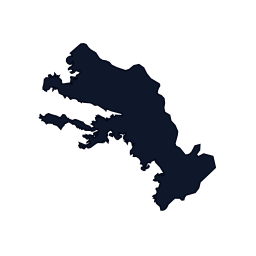 SVG path tracing the border of Mugla, rotated 23°
{"feature_id": "TUR-2278", "entity_name": "Mugla", "entity_type": "Province", "adm_level": 1, "iso_a3": "TUR", "parent_name": "Turkey", "parent_adm1": "", "projection": "mercator", "projection_center": [28.126, 36.936], "detail": "fine", "context": "isolated", "style": "filled", "palette": "ink", "viewbox_px": 256, "rotation_deg": 23, "n_neighbors": 0, "source": "natural_earth", "source_scale": "10m", "svg_char_len": 5839}
<svg xmlns="http://www.w3.org/2000/svg" viewBox="0 0 256 256"><g transform="rotate(23 128 128)"><path d="M190.5,190.6L188.4,187.6L183.8,186.1L182.5,184.5L181.4,185.2L181.1,183.9L181.4,182.5L179.3,182.5L179.8,181.9L178.9,181.3L177.7,181.1L178.6,179.6L180.3,179.2L180.2,178.6L179.8,178.5L180.3,176.7L179.8,175.1L178.8,173.8L177.7,173.2L177.7,172.6L179.8,171.2L179.5,167.1L179.1,165.5L177.7,165.9L176.7,164.7L173.0,166.2L171.3,165.9L172.7,165.6L173.0,164.6L171.8,161.9L173.4,158.5L174.5,159.5L176.5,157.1L177.7,156.6L177.2,158.3L177.9,158.6L178.8,158.3L179.3,157.6L178.7,155.8L177.7,154.6L172.8,151.1L166.8,148.5L166.0,147.6L165.4,146.2L161.7,150.0L161.7,150.6L162.2,150.6L162.2,151.2L159.5,151.9L159.3,152.7L159.4,154.3L158.5,154.6L159.5,155.9L159.0,156.6L160.1,157.9L160.5,157.9L161.4,156.2L161.6,155.3L161.1,154.0L162.5,155.2L162.0,156.9L159.5,159.3L160.0,160.2L159.2,160.8L156.8,160.6L156.0,159.8L156.0,158.9L156.7,158.2L157.9,157.9L157.9,157.2L155.0,155.5L153.6,155.9L153.2,153.4L150.4,151.4L146.9,150.7L144.1,151.9L143.7,150.1L142.8,149.4L141.8,149.8L140.8,151.2L140.3,150.6L139.3,147.9L140.0,146.6L140.3,144.7L140.1,142.9L139.3,141.9L139.2,141.5L139.8,141.3L139.5,140.5L139.8,139.9L139.3,139.9L138.7,141.9L137.1,139.6L134.8,139.2L133.1,140.2L133.4,142.6L132.6,141.9L130.2,141.3L131.2,140.6L131.2,139.9L128.4,139.6L127.8,138.7L127.5,136.6L128.4,136.6L128.6,136.3L127.5,133.3L127.1,133.4L126.9,134.3L126.2,135.2L121.6,136.2L121.7,136.8L122.7,138.0L124.6,137.8L125.4,138.6L123.1,142.5L121.6,142.6L116.8,139.9L116.3,139.9L116.8,141.9L113.9,141.8L113.6,141.0L113.9,140.1L116.8,139.3L116.8,138.6L113.5,136.4L112.3,137.0L111.2,138.6L110.7,140.2L110.9,141.6L112.0,142.6L111.6,144.7L114.7,147.0L115.2,149.2L113.1,148.2L112.0,148.5L111.5,150.0L110.5,149.2L110.3,150.0L109.8,150.6L110.3,150.7L110.5,151.2L106.4,152.7L104.9,153.8L100.9,160.5L99.1,161.9L97.1,161.2L96.5,162.2L95.5,162.6L96.0,163.9L95.1,164.3L93.7,164.1L93.3,163.2L92.5,164.6L91.6,164.8L90.5,164.2L89.6,163.2L90.2,161.9L89.1,160.6L94.9,160.6L96.5,160.0L99.2,156.6L98.2,155.3L96.0,157.2L96.0,156.6L96.8,155.8L97.0,154.6L96.8,153.4L95.2,152.1L94.9,153.6L94.6,154.1L92.3,153.2L90.7,153.5L89.9,153.1L89.6,152.3L92.8,151.2L92.3,150.6L94.4,150.6L95.5,149.2L98.5,149.0L99.2,148.6L99.0,150.1L100.1,150.2L101.3,149.4L101.4,147.9L100.6,147.4L99.1,147.2L98.7,146.6L98.8,146.0L100.8,143.9L102.4,145.9L101.9,142.2L101.5,141.4L99.7,141.3L99.0,141.8L97.6,143.9L95.9,145.0L95.3,144.9L94.9,143.9L93.8,145.0L89.6,146.6L89.1,146.6L88.7,145.4L85.8,147.3L85.4,145.9L84.9,146.0L83.7,147.3L82.2,146.1L81.6,147.3L81.1,147.3L78.7,145.6L77.2,145.3L75.7,145.9L75.7,145.3L74.8,145.7L71.7,145.3L70.4,145.7L68.8,147.9L67.7,148.6L67.9,150.1L66.8,153.2L66.6,155.3L62.7,153.5L61.3,153.2L58.0,153.6L57.6,152.6L52.3,154.6L51.2,155.9L49.3,154.6L46.8,154.2L45.9,154.6L45.7,153.4L45.1,152.7L44.2,152.7L43.2,153.2L43.1,152.7L42.6,152.6L43.1,152.0L43.1,151.4L42.1,150.6L42.1,150.0L44.3,150.7L45.7,150.7L46.6,150.3L47.3,149.3L47.6,147.7L49.4,145.9L52.0,145.9L57.7,145.1L60.5,145.3L62.0,144.8L62.9,141.3L64.6,140.8L68.2,143.0L69.3,142.6L70.5,143.2L72.6,143.0L73.6,143.3L75.6,141.4L76.6,140.8L83.4,140.6L84.2,140.3L84.8,140.9L87.6,141.9L91.8,141.6L93.1,142.0L94.4,143.3L94.7,142.3L96.6,140.6L96.1,139.5L95.3,138.9L92.8,138.6L93.3,138.0L94.1,138.2L94.2,137.7L92.8,135.9L93.9,135.3L94.5,135.6L96.6,134.6L96.6,134.0L95.0,132.4L93.9,130.6L94.9,131.3L95.5,130.6L94.4,129.2L97.1,129.2L97.1,128.6L95.5,128.6L95.5,127.9L97.4,127.9L98.7,128.6L99.5,128.0L100.3,128.6L101.6,128.1L103.3,128.9L104.5,128.6L105.1,130.6L105.4,128.5L104.5,127.9L104.5,127.3L105.9,127.2L106.7,127.9L108.8,124.6L108.8,123.9L107.8,123.9L108.8,121.9L110.1,122.9L111.3,123.1L112.0,122.6L111.5,121.2L117.9,119.0L117.9,118.4L116.8,117.2L116.0,117.0L105.8,118.5L102.1,118.5L100.6,118.8L100.8,120.6L99.5,119.9L91.2,118.5L88.5,119.9L85.4,119.3L83.4,119.4L77.0,121.5L75.7,121.2L75.2,122.6L73.8,122.2L72.0,122.6L70.4,121.5L67.9,121.4L65.4,122.3L63.9,123.9L60.4,122.1L58.5,122.3L58.1,124.6L55.5,122.8L51.2,122.6L48.5,119.3L47.4,119.3L46.2,120.3L45.7,119.6L45.9,119.3L45.3,119.3L44.2,122.6L43.9,121.9L44.2,121.2L43.7,120.6L44.1,120.1L43.7,119.3L40.0,120.6L40.3,122.3L39.8,123.3L38.9,124.2L37.8,124.6L38.4,125.9L36.7,125.9L36.3,125.2L34.9,125.5L34.1,124.1L33.5,120.2L32.2,115.9L33.0,113.9L34.9,113.3L37.3,111.2L36.1,110.5L34.7,111.2L34.1,109.9L34.7,110.5L35.5,109.4L38.0,110.3L39.4,109.9L39.7,107.5L39.4,106.5L40.8,107.3L41.0,109.3L41.6,109.3L42.5,107.5L43.1,107.3L43.7,107.9L44.2,107.2L44.2,108.8L44.5,109.3L45.9,109.3L47.5,110.3L48.5,109.9L47.9,110.5L49.1,112.5L50.2,113.2L51.4,112.9L56.5,109.7L58.4,109.7L59.2,109.3L59.2,108.5L58.2,108.7L57.6,109.3L57.0,106.2L56.4,104.6L55.5,103.9L55.5,103.1L59.1,102.3L60.1,102.6L59.2,104.5L60.7,103.8L61.9,102.5L60.7,102.0L60.2,101.4L60.3,99.4L61.9,97.8L62.3,95.1L60.7,94.2L60.3,95.1L57.5,95.3L56.7,97.6L55.7,98.9L54.5,99.6L53.3,99.1L54.7,97.9L54.9,96.7L54.0,95.8L52.3,95.8L50.5,97.4L50.1,96.8L50.8,94.9L52.3,93.1L52.6,90.0L51.8,88.4L51.2,88.4L50.9,91.1L49.1,92.1L47.0,91.7L45.3,90.4L44.6,88.2L45.3,86.2L46.7,84.7L48.5,83.8L47.6,82.3L45.8,81.6L51.8,69.2L54.3,67.8L56.9,67.7L59.6,69.5L62.6,70.7L68.9,71.6L74.4,75.3L77.9,75.9L81.5,75.0L85.0,75.0L88.3,76.7L93.8,77.0L103.3,76.3L106.3,73.8L109.1,68.4L113.3,65.4L118.9,66.6L123.8,70.8L129.5,73.9L139.7,75.3L140.6,76.9L140.3,79.0L140.4,81.8L141.1,84.6L143.1,85.3L145.9,85.3L149.5,86.8L151.8,90.8L152.9,95.4L155.5,99.2L161.3,100.0L164.6,104.7L170.3,107.4L175.0,111.9L176.0,115.6L177.2,124.1L179.1,126.1L183.4,126.4L191.2,130.6L193.9,129.2L195.5,127.1L196.3,124.6L196.8,118.3L200.6,115.3L202.4,120.3L201.1,125.9L204.0,127.1L207.8,122.4L217.2,121.1L223.8,130.3L215.4,149.6L216.4,155.6L215.0,161.0L207.6,167.0L206.9,169.7L207.3,172.3L205.6,173.2L203.2,172.2L198.3,174.2L194.6,182.6L194.6,185.0L194.1,187.5L192.7,189.5L190.5,190.6Z" fill="#0f172a" stroke="#020617" stroke-width="1.5"/></g></svg>